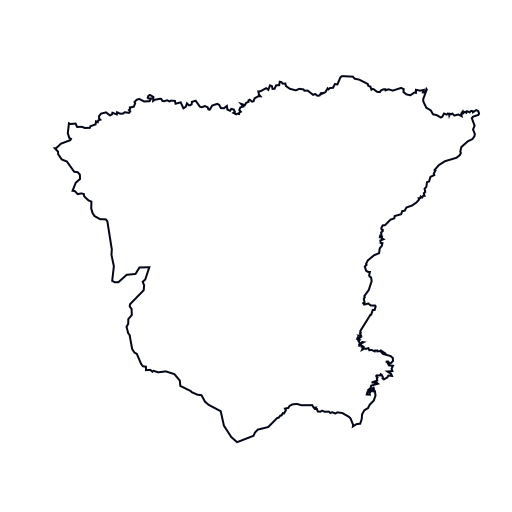 Purwakarta, Jawa Barat, Indonesia, rotated 275°
{"feature_id": "22746128B43709097539954", "entity_name": "Purwakarta", "entity_type": "district", "adm_level": 2, "iso_a3": "IDN", "parent_name": "Indonesia", "parent_adm1": "Jawa Barat", "projection": "natural_earth1", "projection_center": [107.447, -6.592], "detail": "fine", "context": "isolated", "style": "outline", "palette": "ink", "viewbox_px": 512, "rotation_deg": 275, "n_neighbors": 0, "source": "geoboundaries", "source_scale": "gbopen_adm2", "svg_char_len": 6103}
<svg xmlns="http://www.w3.org/2000/svg" viewBox="0 0 512 512"><g transform="rotate(275 256 256)"><path d="M436.7,411.6L437.2,411.2L434.9,410.7L433.5,408.6L433.5,408.0L436.1,408.6L435.0,405.3L435.5,400.9L432.5,401.1L432.7,399.6L429.6,395.8L430.1,391.8L432.2,388.6L435.1,388.6L436.1,385.9L432.7,377.9L433.6,373.4L432.3,370.6L433.4,370.3L433.2,368.6L432.0,366.2L430.1,365.1L430.1,362.3L432.4,358.7L432.6,357.5L431.8,356.5L434.7,355.2L435.3,353.0L437.1,352.4L440.7,343.4L441.2,338.9L443.1,336.8L442.7,326.1L441.3,324.5L434.0,322.1L434.2,319.6L430.3,318.1L429.7,315.0L428.3,313.6L429.2,312.7L425.2,310.8L423.3,307.5L424.1,307.6L424.0,306.6L421.4,305.3L421.0,303.2L422.6,300.8L421.5,298.9L425.3,293.0L424.9,289.8L426.1,288.8L426.3,284.6L424.5,281.2L425.5,275.2L428.0,270.9L430.4,270.2L430.0,267.6L431.5,266.1L431.7,264.5L428.2,264.2L427.8,261.2L424.2,259.9L423.9,257.9L426.5,257.1L427.2,255.1L422.6,253.8L424.1,251.5L420.7,246.4L420.1,244.0L417.1,244.9L415.5,246.5L415.4,244.4L413.0,240.9L410.0,240.1L409.4,238.7L411.2,236.1L410.5,235.0L408.9,235.1L407.7,232.8L405.3,231.8L406.3,227.8L403.8,230.3L402.7,227.5L400.0,226.6L398.4,228.3L397.4,226.8L396.0,226.8L396.2,225.2L395.4,223.9L396.6,221.0L397.7,222.4L400.0,221.1L400.4,218.6L398.4,217.5L399.4,214.7L402.9,213.9L400.4,211.2L400.3,208.1L403.3,206.2L404.2,204.2L402.1,199.3L397.7,197.1L397.9,195.8L399.9,194.9L400.9,192.1L399.5,189.0L399.9,187.0L405.4,182.4L404.0,178.7L401.5,178.7L400.5,177.4L400.3,176.0L402.0,173.9L398.5,173.0L396.8,170.8L402.5,167.6L400.7,162.6L403.4,161.7L403.4,157.8L402.4,156.2L403.4,154.1L402.2,150.9L402.4,149.2L404.2,147.9L404.3,146.8L402.8,141.6L401.5,140.0L405.5,139.9L407.2,136.3L406.3,134.9L404.2,134.3L403.6,135.1L403.8,137.9L400.9,136.4L400.2,131.0L402.3,126.0L401.2,123.5L398.8,121.5L397.6,122.3L394.1,121.3L393.0,117.4L391.6,117.8L390.4,116.7L389.1,118.1L387.5,117.0L387.8,112.8L386.3,111.1L385.9,108.2L387.1,105.1L384.9,105.0L386.2,100.5L384.5,100.2L383.3,98.3L386.0,94.1L384.3,89.2L381.6,87.4L379.3,87.7L378.2,89.0L377.2,86.9L375.5,86.7L376.2,84.9L373.1,84.7L370.9,79.8L369.2,79.3L368.6,74.2L369.5,71.6L369.0,66.5L372.2,64.7L371.3,59.5L371.9,58.1L361.9,57.8L357.4,59.7L356.5,61.5L355.2,60.9L350.9,51.9L346.0,47.5L345.8,46.2L342.7,49.7L340.2,50.0L335.2,54.1L333.7,59.3L324.1,67.5L323.9,71.1L321.8,73.4L317.4,74.0L313.2,70.0L305.0,67.6L304.9,69.8L302.1,73.0L303.1,76.4L302.7,79.1L300.8,79.5L299.2,81.1L296.8,84.3L295.8,87.3L289.0,87.7L284.4,89.5L281.7,91.7L279.1,97.4L279.4,103.2L277.6,104.9L249.9,111.8L244.6,111.9L233.4,115.3L218.7,114.9L217.5,117.6L217.9,121.2L226.0,128.8L227.6,137.5L234.4,140.9L235.5,150.7L222.9,147.7L220.5,145.4L217.0,147.1L212.1,147.1L197.0,134.7L194.7,134.6L192.3,136.7L186.4,137.4L182.0,134.3L177.3,134.6L174.2,133.2L168.0,135.4L166.2,137.0L152.6,140.7L149.3,143.2L148.1,145.8L138.6,150.9L136.3,152.9L136.1,156.0L132.7,156.4L133.3,160.7L131.7,162.9L132.7,163.9L131.6,168.8L133.2,176.2L131.2,185.0L125.2,191.0L120.0,191.9L115.7,202.9L114.8,203.7L112.7,209.8L112.6,213.8L106.4,217.9L103.7,221.6L98.3,234.4L84.2,238.8L73.4,247.2L68.9,253.4L76.7,269.2L80.1,270.4L83.2,272.9L86.7,283.1L96.7,291.4L96.8,292.6L99.2,294.2L99.4,295.3L101.8,296.5L101.5,297.5L104.9,299.2L106.5,298.2L107.5,301.5L109.5,302.4L111.4,305.3L112.2,309.6L111.3,314.4L112.3,325.0L109.8,326.8L110.2,328.8L108.8,328.3L108.9,330.0L106.5,331.1L106.5,333.7L107.7,335.3L106.8,338.0L107.3,342.2L106.1,343.7L107.0,345.6L106.0,348.8L107.3,350.6L107.1,355.6L103.9,362.6L102.3,364.4L96.2,367.5L94.7,367.4L97.3,370.8L98.0,374.4L102.5,375.5L107.5,375.5L111.8,377.4L114.2,380.8L117.9,382.3L122.2,385.9L127.5,387.2L131.6,386.3L131.3,384.6L132.0,384.2L133.5,385.2L135.0,384.6L132.7,381.5L131.5,382.7L129.6,380.9L127.8,381.5L127.7,378.4L130.6,379.0L131.6,380.2L132.3,379.5L134.6,381.7L136.9,382.0L139.4,388.6L140.3,387.2L140.1,382.2L142.5,387.7L144.6,387.0L145.3,387.6L146.9,386.2L147.6,386.7L147.9,390.3L149.1,390.6L148.7,391.4L146.3,393.0L145.1,392.7L144.2,394.1L146.5,397.4L148.4,398.3L148.4,401.9L150.3,400.9L152.4,397.0L153.2,401.9L155.5,400.9L158.6,402.0L158.6,398.0L161.8,395.8L162.1,394.5L162.4,396.9L160.6,398.5L161.2,399.9L163.4,401.6L166.3,401.2L168.1,398.7L169.5,391.0L170.7,389.7L170.9,392.0L172.8,388.6L172.0,387.9L171.6,385.2L172.4,385.1L172.3,383.0L171.3,382.6L172.5,379.4L172.0,377.1L174.0,376.0L173.0,373.5L173.4,372.2L171.9,369.9L174.8,370.9L174.8,369.7L175.4,370.1L176.1,368.9L175.6,366.7L176.8,366.5L179.5,370.7L179.6,369.3L178.3,368.2L178.6,366.7L180.4,365.4L181.4,366.5L182.2,364.0L183.7,364.5L182.9,365.8L184.2,367.3L185.7,365.4L185.8,367.6L188.2,366.3L188.8,367.1L190.3,366.4L207.4,375.1L207.6,375.9L212.5,377.0L212.6,378.9L216.1,379.6L217.0,379.0L216.7,374.5L218.5,372.1L217.0,368.0L218.3,366.9L219.2,368.2L222.8,367.1L224.4,368.0L225.5,367.4L232.0,371.3L241.0,373.4L244.7,372.5L245.3,371.1L246.6,370.4L250.0,370.8L249.9,369.0L251.0,366.9L255.0,365.3L256.8,366.9L257.6,366.3L261.4,367.8L267.0,373.5L269.6,378.4L274.4,378.6L277.2,380.5L279.8,380.8L279.9,379.0L282.3,378.5L283.8,381.5L284.7,379.6L286.0,379.8L285.6,377.8L287.4,378.0L287.8,379.1L290.3,378.6L291.9,380.1L293.1,380.0L293.3,378.8L294.6,378.4L297.5,379.5L298.0,381.9L303.9,386.8L305.6,390.5L307.9,390.7L310.3,397.0L313.4,397.7L314.1,400.2L317.4,401.6L319.9,407.1L323.3,411.2L326.3,413.4L327.7,413.0L327.9,414.5L329.6,414.9L328.7,416.3L330.8,417.5L330.7,418.6L333.2,417.7L334.5,419.0L337.7,418.1L339.8,419.7L344.4,419.9L345.3,421.9L350.0,422.9L352.2,426.6L353.7,425.9L356.6,427.3L357.2,426.4L362.6,430.3L366.9,436.0L371.3,447.1L374.1,450.1L376.6,451.1L377.9,450.4L382.5,451.1L388.8,457.1L391.3,461.4L394.2,463.1L396.5,463.4L401.0,461.2L404.8,462.4L412.1,459.0L413.7,460.0L415.9,465.2L417.4,465.8L419.8,464.7L420.5,462.6L418.2,459.7L419.1,459.6L419.3,457.7L417.8,456.4L418.6,453.6L417.0,453.0L417.9,451.8L417.0,450.2L418.2,449.5L416.6,448.5L415.9,449.5L415.2,448.1L413.2,448.7L414.6,445.1L413.2,441.4L415.0,439.2L414.2,437.9L414.6,436.8L413.0,436.3L414.2,436.0L414.7,434.7L413.5,433.7L414.3,430.9L410.9,429.4L410.1,428.0L412.1,423.7L412.6,420.0L416.3,417.4L418.6,412.7L424.5,409.2L427.0,408.9L436.7,411.6Z" fill="none" stroke="#020617" stroke-width="2"/></g></svg>